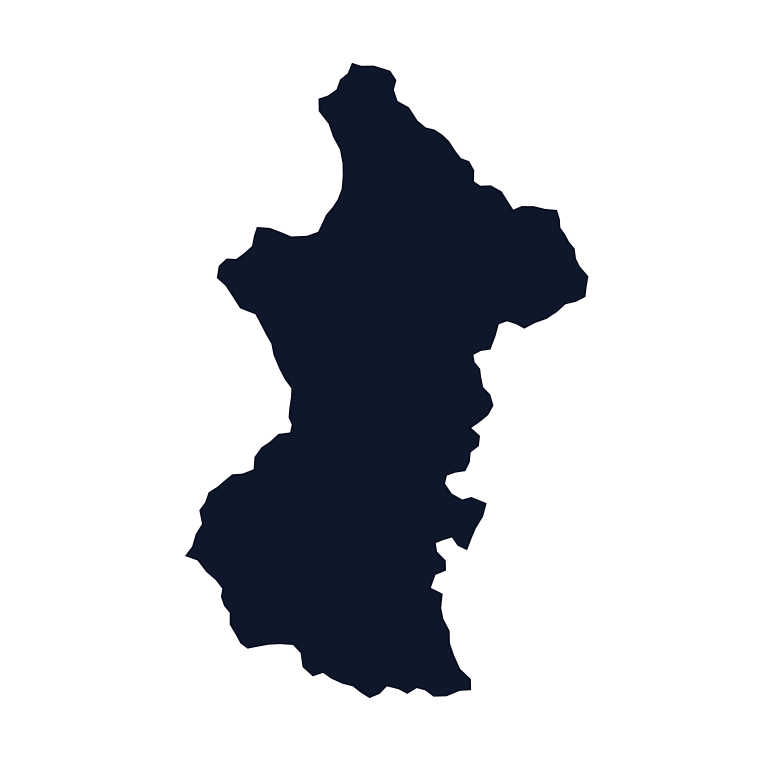 São Geraldo, Minas Gerais, Brazil, rotated 100°
{"feature_id": "56859067B30178745764727", "entity_name": "São Geraldo", "entity_type": "district", "adm_level": 2, "iso_a3": "BRA", "parent_name": "Brazil", "parent_adm1": "Minas Gerais", "projection": "orthographic", "projection_center": [-42.831, -20.909], "detail": "fine", "context": "isolated", "style": "filled", "palette": "ink", "viewbox_px": 768, "rotation_deg": 100, "n_neighbors": 0, "source": "geoboundaries", "source_scale": "gbopen_adm2", "svg_char_len": 2419}
<svg xmlns="http://www.w3.org/2000/svg" viewBox="0 0 768 768"><g transform="rotate(100 384 384)"><path d="M243.0,202.1L234.8,212.1L227.6,217.4L218.1,220.3L212.3,227.1L205.8,232.1L199.8,238.2L191.6,240.1L183.4,244.3L184.4,255.7L183.6,267.5L185.6,279.1L190.9,287.1L182.3,295.0L174.6,302.0L170.6,313.4L172.8,323.6L169.4,331.3L158.2,333.0L150.6,339.1L148.9,347.9L142.1,355.2L134.2,362.5L129.2,369.9L125.4,378.6L124.9,387.7L119.4,397.2L107.9,407.9L103.6,420.3L92.7,426.2L83.0,425.3L75.2,432.6L73.0,449.2L75.4,461.9L74.1,470.7L84.7,473.0L92.1,479.4L102.6,481.2L110.4,489.0L114.8,497.2L126.3,494.9L137.0,483.1L149.0,476.5L160.5,467.4L173.7,462.4L186.2,460.0L199.4,458.8L210.5,460.9L219.2,464.7L227.7,469.7L236.4,472.0L246.1,474.7L252.1,485.2L255.6,500.9L253.1,511.8L250.9,523.3L252.1,535.8L260.6,537.0L271.4,537.2L280.0,544.0L287.3,550.9L288.5,560.4L296.6,566.5L308.2,566.3L314.2,556.6L322.3,549.0L333.8,538.4L337.0,522.3L347.5,514.1L355.9,507.7L363.5,501.3L374.2,497.2L387.1,488.9L396.1,482.0L404.1,473.7L413.6,472.5L423.4,472.3L433.3,471.4L439.8,467.0L448.6,467.3L452.1,478.8L461.1,485.7L468.0,493.0L478.6,498.1L491.0,496.8L497.5,507.3L500.0,517.4L506.8,523.2L514.7,529.7L521.5,537.2L531.7,538.8L540.4,543.1L553.5,538.1L564.7,542.6L577.6,544.0L587.4,549.0L589.4,536.7L599.2,526.1L605.8,515.1L613.4,506.9L621.6,506.9L629.8,502.4L635.8,495.4L647.3,493.5L656.3,485.8L663.7,479.9L667.5,472.4L664.0,463.3L660.2,453.1L657.5,441.7L656.0,428.1L662.9,418.8L676.4,414.4L683.4,403.3L678.2,394.0L682.6,384.5L685.6,372.9L686.4,362.0L691.4,352.7L695.0,343.8L689.3,335.0L680.4,329.0L681.3,316.6L684.3,307.4L677.0,299.3L677.8,290.0L682.5,280.7L680.0,268.6L672.3,256.4L669.8,245.9L660.0,247.9L651.8,260.2L639.3,268.6L628.1,274.8L616.2,277.1L605.5,285.3L594.7,289.6L581.0,290.5L577.2,303.4L562.6,300.9L556.6,291.4L547.6,293.2L540.4,303.2L531.3,306.4L526.6,298.7L522.4,290.3L529.8,283.0L532.3,273.9L520.6,271.7L509.9,269.2L497.2,264.2L484.2,263.0L480.9,278.2L485.0,286.7L480.8,298.7L471.8,307.4L462.8,306.9L458.2,298.7L455.1,289.4L445.8,286.7L436.0,287.6L428.4,280.6L418.8,281.2L412.3,291.7L404.6,284.0L396.1,276.7L386.2,273.3L376.4,278.1L370.4,286.4L360.5,290.3L352.8,292.6L347.2,299.2L339.5,301.9L334.0,294.9L331.0,285.8L317.1,283.2L304.8,282.1L300.1,273.9L301.4,264.2L304.3,255.6L297.1,246.4L291.1,235.8L282.5,226.7L273.4,219.7L268.9,209.4L262.8,201.5L254.2,202.1L243.0,202.1Z" fill="#0f172a" stroke="#020617" stroke-width="1.5"/></g></svg>